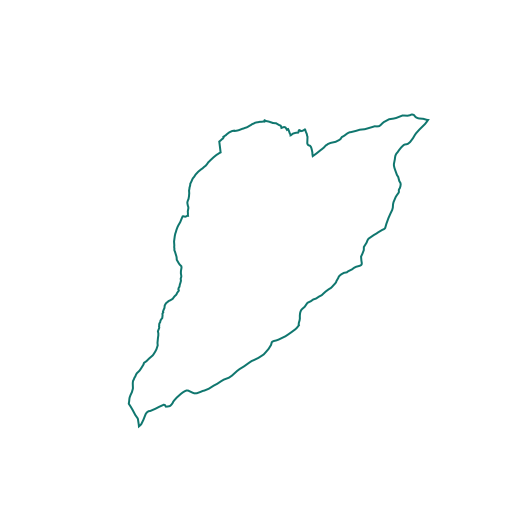 Turmequé, Boyacá, Colombia, rotated 32°
{"feature_id": "7082276B20080835702605", "entity_name": "Turmequé", "entity_type": "district", "adm_level": 2, "iso_a3": "COL", "parent_name": "Colombia", "parent_adm1": "Boyacá", "projection": "equal_earth", "projection_center": [-73.519, 5.301], "detail": "fine", "context": "isolated", "style": "outline", "palette": "teal", "viewbox_px": 512, "rotation_deg": 32, "n_neighbors": 0, "source": "geoboundaries", "source_scale": "gbopen_adm2", "svg_char_len": 6089}
<svg xmlns="http://www.w3.org/2000/svg" viewBox="0 0 512 512"><g transform="rotate(32 256 256)"><path d="M329.8,49.5L328.8,50.0L325.2,51.0L321.5,52.9L320.4,53.3L318.7,53.6L317.4,53.5L315.3,52.8L314.9,52.8L313.3,53.3L312.7,53.9L312.0,55.0L310.1,56.8L307.7,58.1L305.8,59.2L301.7,64.7L299.8,66.6L296.4,69.5L294.0,73.7L293.5,74.5L292.9,76.3L292.3,78.9L291.7,80.5L291.2,81.0L289.9,82.0L287.9,83.1L286.2,85.1L281.1,90.8L277.1,93.9L274.5,96.9L270.8,100.7L269.8,101.5L268.9,102.9L268.3,104.1L267.2,107.0L266.5,108.4L265.8,109.5L265.7,110.6L265.7,112.1L265.0,113.7L263.0,117.0L259.6,120.3L258.7,121.4L257.5,123.2L257.3,124.0L256.7,125.0L256.2,127.4L256.1,128.1L255.5,129.8L255.3,130.5L254.9,131.4L252.9,137.1L251.2,141.2L250.1,140.0L249.5,139.2L249.0,138.4L247.0,136.3L245.7,135.1L244.6,134.3L243.4,133.9L242.8,134.0L242.2,134.2L241.2,134.2L240.1,133.6L239.6,133.0L236.5,127.6L235.6,126.9L234.4,125.6L232.2,124.1L231.8,123.7L230.6,122.7L230.4,122.7L229.8,124.0L229.1,125.2L228.4,125.8L228.0,126.3L227.3,126.4L226.5,126.1L226.3,126.1L226.0,126.3L225.8,126.6L225.8,127.1L226.3,128.0L226.4,128.5L226.4,129.0L225.7,129.5L225.2,129.8L224.1,130.8L222.5,132.6L221.7,134.7L221.5,135.3L221.4,135.4L221.2,135.0L221.0,134.8L219.8,134.2L217.4,132.3L215.9,131.3L215.7,131.5L215.4,132.6L213.2,131.5L212.8,131.4L211.8,131.6L211.0,132.2L209.7,133.9L208.9,133.1L208.4,132.7L207.7,132.4L206.2,132.7L202.6,132.8L202.0,133.2L199.3,134.5L198.7,134.4L197.3,134.9L196.8,134.9L194.8,135.5L194.4,135.7L192.7,136.3L191.4,136.3L191.3,136.6L191.4,136.9L191.7,137.2L191.9,137.6L191.1,138.0L189.6,139.2L188.1,140.2L186.8,141.5L185.9,142.2L184.6,143.5L183.7,145.2L183.1,145.8L182.9,146.1L182.2,147.8L181.6,148.8L180.7,150.6L180.0,151.8L178.7,153.3L177.7,154.7L177.2,155.1L174.9,158.2L173.9,159.3L172.5,160.6L171.3,161.5L171.0,161.3L169.5,162.7L168.2,164.7L167.6,165.8L166.5,168.9L166.5,169.4L165.7,171.0L165.2,172.3L165.7,172.6L165.7,173.9L165.2,175.1L164.8,176.7L164.2,178.4L171.1,186.9L170.3,188.3L169.4,190.3L169.0,191.0L167.7,194.8L166.5,199.3L166.2,200.8L165.9,201.6L165.8,203.9L165.5,206.1L164.8,207.9L164.2,210.1L163.6,211.4L162.7,214.0L162.3,215.3L161.6,219.0L161.6,220.4L161.6,221.5L161.3,223.5L161.4,224.9L161.7,226.7L162.0,229.6L162.6,230.7L163.0,231.9L163.4,233.3L163.9,234.3L164.5,235.9L166.2,238.3L166.8,239.5L167.5,240.8L168.5,243.3L168.7,244.0L168.7,244.6L169.3,246.8L170.0,247.8L171.5,249.4L172.7,250.4L173.3,251.3L174.5,254.3L175.6,255.8L176.5,257.3L177.0,257.9L176.6,258.1L175.4,260.0L174.9,260.3L173.1,260.9L172.8,261.3L173.1,263.5L173.8,267.5L173.9,271.0L174.1,273.0L174.7,276.0L175.3,278.0L175.7,279.8L176.5,282.0L178.8,287.1L181.1,290.3L181.9,291.8L182.9,293.0L183.6,294.2L184.0,294.6L184.9,295.2L188.8,298.6L189.6,299.5L190.8,301.2L194.4,303.1L195.8,303.7L198.0,304.2L198.7,304.9L199.1,305.6L200.3,308.5L201.4,310.4L203.3,312.6L203.7,313.4L204.2,315.2L205.5,316.8L205.8,317.8L206.2,319.1L206.5,320.5L207.0,321.7L207.4,322.7L207.3,323.5L207.4,324.2L207.8,325.4L208.5,325.8L208.9,326.3L208.7,328.4L208.7,329.7L208.9,330.6L208.8,331.5L208.6,332.1L208.3,333.3L208.1,335.1L208.1,336.2L207.7,337.2L206.7,339.1L205.7,340.6L205.4,341.9L204.9,343.0L204.7,344.2L204.8,346.3L205.9,348.6L206.2,350.7L206.6,352.5L207.2,352.9L207.2,353.7L207.2,354.4L207.7,355.2L208.2,355.8L208.8,357.1L209.1,357.7L209.4,358.4L209.2,359.5L209.2,361.3L209.8,362.9L209.8,364.4L210.2,365.4L210.7,366.1L211.0,367.0L211.8,367.8L212.1,368.6L212.7,371.8L214.2,373.4L215.3,375.2L216.2,377.3L218.5,381.9L220.0,383.9L221.0,387.9L221.2,390.3L221.2,393.4L221.1,395.0L219.7,399.5L219.2,401.6L218.9,403.0L218.4,404.3L217.7,405.8L217.7,406.3L217.8,406.8L218.0,407.1L218.1,408.0L218.1,412.5L218.0,414.7L217.8,415.8L217.1,418.5L217.1,420.0L217.5,422.4L217.4,423.4L217.8,425.5L217.9,427.0L218.4,428.2L219.1,429.5L221.4,432.9L221.9,433.8L222.9,437.2L223.3,440.5L223.8,442.9L224.3,444.2L225.4,446.4L226.4,448.7L229.6,450.2L232.7,451.8L237.9,454.8L241.7,456.4L242.4,457.0L246.0,461.2L247.0,462.5L247.6,460.6L247.8,459.3L247.3,454.5L246.2,448.5L246.3,446.6L247.1,444.6L248.5,443.4L251.6,438.9L253.8,435.2L256.6,431.0L257.8,430.7L259.3,431.5L260.4,430.8L262.1,429.3L262.7,428.4L263.1,426.5L263.2,424.4L263.0,423.4L263.2,421.5L263.8,418.1L265.4,412.6L266.2,410.5L267.2,408.5L268.3,406.9L269.7,406.1L274.9,405.5L276.6,405.1L278.6,403.7L281.0,400.6L282.3,398.7L283.5,397.5L286.3,393.6L288.9,388.2L290.8,385.0L292.8,380.6L294.2,377.9L297.5,373.6L299.0,370.2L300.9,363.5L302.0,360.6L304.4,355.8L306.7,350.2L308.0,347.3L309.3,345.5L312.0,341.2L313.8,337.4L314.7,335.4L315.2,332.7L315.9,328.2L315.9,325.8L315.9,323.5L315.1,320.8L315.3,319.9L316.2,318.6L317.9,316.9L319.4,315.0L323.5,308.5L324.9,305.4L326.5,301.6L328.2,297.3L328.7,295.4L329.1,291.9L328.4,291.4L327.7,289.8L327.1,287.6L326.4,285.9L324.8,283.4L323.9,281.6L323.4,280.3L323.1,278.9L323.0,277.6L323.3,276.2L324.2,273.3L324.4,269.0L324.6,268.2L326.5,265.2L327.3,263.2L327.6,262.5L329.2,260.6L329.5,260.2L331.0,256.9L332.1,255.1L332.6,254.1L333.0,252.4L333.9,249.2L335.3,245.7L336.5,243.3L336.9,241.6L337.1,240.4L337.7,237.2L337.8,235.9L337.5,234.5L337.4,231.1L337.2,230.1L337.2,229.4L337.3,228.5L338.0,226.4L339.5,223.7L341.7,221.7L342.2,220.2L344.6,216.3L345.0,215.1L345.5,213.9L346.6,212.1L349.1,209.4L349.7,208.5L350.0,207.8L350.0,207.1L349.5,206.0L347.6,203.8L345.4,200.8L345.1,198.1L344.9,197.0L344.3,193.9L342.7,191.2L342.7,190.2L342.7,186.0L342.3,184.0L342.2,182.7L342.3,181.6L344.8,175.8L346.3,173.0L347.1,171.1L349.2,167.0L350.3,165.4L350.6,164.5L350.7,163.8L350.4,162.7L349.5,159.6L348.2,153.5L347.5,148.6L347.1,144.8L346.4,142.5L344.8,139.5L344.1,137.5L343.2,132.0L343.2,129.9L343.4,126.9L343.3,126.1L342.9,125.4L342.4,124.8L342.1,124.1L342.0,123.7L342.0,122.2L341.5,120.3L340.8,118.7L339.9,117.6L337.8,116.5L334.7,113.6L332.6,112.6L328.9,109.7L326.7,107.9L325.1,106.3L324.2,104.9L322.4,100.2L321.8,99.0L321.1,97.2L320.9,96.1L320.8,94.8L321.1,92.9L321.2,90.4L321.6,87.0L322.1,84.9L322.5,83.5L323.2,82.5L324.4,81.5L325.3,80.5L325.9,78.9L326.3,77.6L326.7,72.9L326.6,69.2L326.7,67.1L327.0,65.4L327.6,62.0L329.4,54.5L329.7,51.6L329.8,49.5Z" fill="none" stroke="#0f766e" stroke-width="2"/></g></svg>